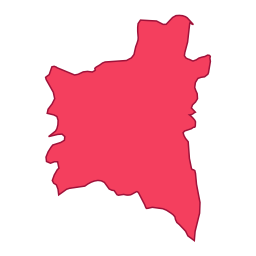 the Governorate of Al Gharbiyah
{"feature_id": "EGY-1530", "entity_name": "Al Gharbiyah", "entity_type": "Governorate", "adm_level": 1, "iso_a3": "EGY", "parent_name": "Egypt", "parent_adm1": "", "projection": "equal_earth", "projection_center": [31.057, 30.849], "detail": "fine", "context": "isolated", "style": "filled", "palette": "rose", "viewbox_px": 256, "rotation_deg": 0, "n_neighbors": 0, "source": "natural_earth", "source_scale": "10m", "svg_char_len": 2111}
<svg xmlns="http://www.w3.org/2000/svg" viewBox="0 0 256 256"><path d="M118.4,195.2L117.0,194.7L114.2,190.6L111.8,190.2L109.2,189.0L104.4,182.4L101.3,180.8L97.9,180.4L94.4,181.0L91.1,182.2L87.8,184.0L84.8,186.1L69.5,188.3L66.5,189.3L62.5,192.2L58.7,194.9L58.0,189.2L56.4,184.9L53.7,183.2L52.3,180.5L54.3,174.9L57.3,169.7L58.9,168.2L57.6,161.8L54.5,161.7L50.5,163.2L46.5,161.5L46.0,157.1L48.2,151.7L51.1,147.1L52.8,145.0L60.7,142.5L64.4,140.3L64.8,136.6L62.0,134.1L57.7,134.4L48.6,136.6L55.5,131.1L56.9,128.7L57.9,124.8L58.1,120.3L56.9,116.5L53.8,114.9L47.2,113.3L48.1,109.2L52.1,103.9L54.7,98.7L53.3,92.2L46.2,79.6L45.6,77.3L49.2,74.6L51.9,66.8L54.1,66.3L56.3,67.1L57.0,67.7L74.6,75.0L78.1,74.3L83.2,71.9L87.5,71.4L92.3,72.0L94.5,70.8L95.3,70.1L94.8,68.6L95.1,68.0L96.3,67.0L99.6,65.1L102.5,63.0L105.1,62.0L126.5,60.5L131.4,57.9L134.0,54.5L135.7,46.8L137.0,43.3L138.0,40.1L138.2,37.8L137.7,31.3L137.7,27.2L138.1,23.6L140.5,20.1L156.5,21.0L163.1,24.4L166.2,24.3L172.6,17.5L176.0,15.6L179.4,15.4L182.6,15.7L185.5,16.7L187.3,17.9L193.4,24.6L191.4,23.8L190.9,23.2L190.1,22.6L189.7,23.4L187.6,42.1L184.8,52.6L184.4,55.8L186.0,58.0L187.7,58.9L189.5,59.5L192.3,60.8L193.1,61.0L196.4,59.8L198.9,58.1L202.0,57.1L204.9,56.5L207.6,55.1L209.2,55.3L210.3,56.3L209.9,58.4L210.4,61.3L208.5,72.6L207.8,74.3L204.6,76.8L201.1,77.3L197.9,78.4L195.4,82.5L194.7,87.5L195.8,90.6L197.2,93.7L197.5,98.7L195.5,102.0L192.5,104.9L191.4,108.0L195.4,112.2L193.9,113.0L192.9,113.8L191.6,114.5L189.4,114.9L191.2,116.3L193.1,118.2L194.8,120.3L195.5,121.8L195.3,126.1L194.7,127.2L193.4,127.3L191.4,128.7L184.6,131.0L183.1,132.7L183.9,135.5L185.4,138.3L188.2,141.8L189.4,158.5L191.4,168.2L192.1,169.5L193.5,169.8L194.8,170.6L195.5,173.5L196.5,184.3L200.0,202.5L199.6,213.2L195.1,231.4L194.3,240.6L187.9,235.9L185.6,231.2L179.4,224.6L176.9,222.5L175.5,219.6L174.9,216.8L173.0,214.6L170.7,212.9L166.5,210.2L162.8,208.7L152.3,207.3L147.9,208.3L146.4,208.4L145.6,207.1L144.7,204.7L138.6,192.9L137.5,191.8L136.6,191.6L131.5,194.4L130.1,194.9L127.9,195.1L126.3,195.0L123.7,194.4L118.4,195.2Z" fill="#f43f5e" stroke="#9f1239" stroke-width="1.5"/></svg>